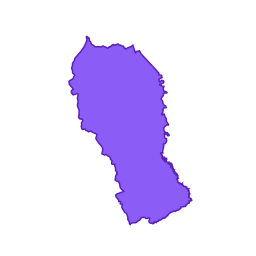 Phaya Mengrai, Chiang Rai, Thailand (Albers equal-area conic projection), rotated 321°
{"feature_id": "78962969B59548210806286", "entity_name": "Phaya Mengrai", "entity_type": "district", "adm_level": 2, "iso_a3": "THA", "parent_name": "Thailand", "parent_adm1": "Chiang Rai", "projection": "albers", "projection_center": [100.161, 19.88], "detail": "fine", "context": "isolated", "style": "filled", "palette": "violet", "viewbox_px": 256, "rotation_deg": 321, "n_neighbors": 0, "source": "geoboundaries", "source_scale": "gbopen_adm2", "svg_char_len": 5954}
<svg xmlns="http://www.w3.org/2000/svg" viewBox="0 0 256 256"><g transform="rotate(321 128 128)"><path d="M153.6,30.9L152.8,31.1L151.9,33.3L150.4,34.6L144.9,37.3L139.8,38.8L131.2,40.3L129.9,40.9L128.6,42.0L125.8,42.7L123.8,44.7L121.7,46.2L120.9,48.6L119.7,50.3L119.6,51.2L120.0,52.7L119.7,53.5L118.0,54.1L116.2,55.1L112.1,54.5L111.4,54.7L109.9,57.2L110.0,63.4L108.4,63.3L107.3,63.6L106.4,64.7L106.1,66.5L106.3,67.8L109.4,68.9L110.3,69.8L110.3,70.7L107.5,72.9L106.0,75.9L103.1,78.4L102.1,80.3L101.4,83.0L99.8,85.2L96.2,88.8L96.4,90.8L96.8,91.3L97.8,91.9L97.9,93.5L94.9,94.9L93.9,96.4L92.6,97.5L91.8,99.3L91.7,100.1L91.9,100.6L93.8,101.6L93.8,103.5L94.7,104.8L94.9,106.1L96.9,106.8L97.5,107.4L97.6,108.9L98.6,110.6L99.7,113.0L99.4,114.1L97.2,115.2L96.3,116.4L95.8,122.2L96.0,126.1L95.5,127.9L93.4,130.2L91.7,131.4L91.5,131.9L92.9,134.3L94.3,134.8L94.6,136.8L95.6,138.5L95.4,140.2L94.7,141.3L95.0,143.3L93.2,144.8L92.8,145.7L92.9,146.2L94.4,147.2L94.9,147.8L93.9,148.7L93.7,150.0L92.7,151.8L91.5,153.2L91.6,155.7L90.7,156.0L90.4,157.0L89.0,157.2L87.9,157.8L85.3,160.4L85.6,161.7L87.0,163.6L86.5,164.4L86.5,165.6L84.3,169.8L84.7,174.6L77.8,172.3L76.7,172.3L75.7,173.1L75.4,174.2L75.5,177.9L74.5,179.3L75.6,179.9L75.8,180.8L74.4,181.7L74.2,182.1L74.4,182.5L75.5,183.2L75.6,183.6L73.7,185.3L73.1,186.3L72.4,191.3L72.9,193.4L72.6,195.2L71.7,197.1L70.2,199.3L70.0,201.9L69.2,202.6L68.9,203.9L68.9,204.4L70.3,204.1L71.8,204.4L73.9,206.2L75.3,206.7L77.3,206.6L79.2,206.9L80.7,206.6L81.2,206.2L82.8,206.4L84.8,208.1L85.0,209.6L86.1,210.4L87.3,210.6L87.7,211.0L87.8,211.5L87.0,212.7L85.5,213.6L85.3,215.1L85.6,216.1L86.6,217.1L86.8,217.8L87.3,217.9L87.8,218.4L88.2,218.4L88.3,217.6L88.6,217.5L89.3,217.9L90.1,218.0L90.2,219.0L90.6,219.3L91.3,218.9L93.2,219.5L93.8,219.0L94.3,219.6L94.6,219.5L95.7,220.1L98.8,219.9L99.0,220.0L99.0,220.8L100.3,221.2L100.9,220.9L102.0,221.1L102.9,220.7L103.6,220.8L103.7,221.1L104.1,220.9L104.2,220.5L108.4,220.5L109.0,220.8L110.1,220.9L110.2,221.2L112.6,222.1L112.6,222.7L114.7,222.7L115.0,223.3L116.0,223.3L116.2,223.6L117.2,223.7L118.7,223.5L119.2,222.6L119.5,222.6L121.0,223.8L123.5,225.1L124.5,224.6L126.7,224.2L127.5,224.3L128.3,224.8L129.4,223.2L129.7,223.1L130.9,224.2L131.3,223.7L131.3,224.0L132.0,224.3L132.5,223.1L132.4,222.0L131.6,220.5L132.0,220.2L132.3,219.8L132.1,219.5L132.9,218.6L133.4,218.7L133.8,218.3L133.7,218.0L134.1,218.1L134.0,217.5L134.7,217.7L134.8,216.8L135.4,215.8L135.4,215.4L135.2,215.1L135.6,214.5L136.1,214.6L136.2,213.9L135.7,213.7L136.0,213.4L136.5,213.4L136.0,213.1L136.4,212.9L135.9,212.2L136.1,211.8L135.9,211.0L136.2,210.9L135.8,210.4L136.1,209.9L135.8,209.6L135.6,210.0L135.6,209.5L135.2,209.3L135.2,208.9L134.5,208.4L134.8,207.5L134.5,207.1L134.7,206.5L134.4,206.3L134.9,206.0L134.5,205.6L134.9,205.3L134.0,205.4L134.0,204.3L133.5,204.3L133.6,203.8L133.3,203.7L133.4,203.3L133.0,203.2L133.1,202.5L132.5,201.4L133.4,200.6L133.5,199.2L133.9,199.0L133.9,198.4L134.4,198.6L134.8,198.2L135.2,198.8L135.5,198.8L135.7,197.2L136.0,196.8L136.6,196.7L136.3,196.0L136.5,195.8L136.1,195.5L136.9,195.4L137.0,195.2L136.2,194.5L137.1,193.9L136.4,193.3L136.6,192.8L136.1,192.9L136.3,192.3L135.8,192.4L135.8,192.0L136.3,192.1L136.0,191.6L136.3,191.4L135.9,191.2L136.1,191.0L136.6,191.3L136.7,190.1L137.3,189.8L136.4,189.5L137.0,189.1L137.3,189.2L137.6,188.4L137.4,188.2L137.6,187.8L137.0,187.6L136.7,187.7L136.7,187.3L136.9,187.0L137.7,187.1L137.9,186.5L137.3,186.2L137.6,186.0L138.1,186.3L138.3,186.2L138.1,185.8L136.9,185.2L137.6,184.8L138.4,184.9L138.3,184.5L138.5,184.4L139.0,184.5L139.3,184.0L139.1,183.6L139.3,183.4L139.0,182.7L138.4,183.2L138.1,183.7L137.7,183.7L137.6,182.9L139.0,182.1L138.2,181.5L137.7,181.6L137.0,181.4L138.3,180.4L137.8,180.1L137.5,180.3L137.1,180.1L136.8,179.4L136.8,178.6L136.4,178.1L135.9,178.1L136.1,177.2L136.5,177.1L137.2,177.5L137.7,177.2L137.2,176.6L135.7,176.5L135.8,176.2L136.5,175.9L138.1,176.6L138.6,176.4L138.8,175.9L137.7,175.5L136.9,174.9L135.6,174.9L135.4,174.3L135.4,173.9L136.2,173.6L137.6,174.6L138.1,173.9L138.0,173.5L137.3,173.3L136.8,172.4L135.9,172.9L135.7,172.6L136.3,171.6L137.5,170.9L137.5,170.3L137.2,170.0L137.7,169.5L137.2,168.5L137.5,168.1L138.2,168.1L139.5,169.2L139.6,168.6L140.3,167.8L144.6,164.4L145.3,162.9L145.6,162.8L147.1,163.6L149.8,162.5L151.1,160.7L151.1,160.2L150.4,159.4L150.6,158.2L152.0,156.4L152.7,155.0L153.2,155.2L153.4,156.3L154.3,157.3L154.3,157.8L153.9,158.4L154.0,159.0L154.7,159.6L155.5,159.5L155.7,159.0L155.5,157.7L155.7,156.8L155.5,156.2L154.1,154.7L154.4,152.6L155.1,151.3L156.1,150.5L157.5,150.0L159.0,150.1L160.1,149.8L160.6,150.2L161.0,151.1L161.6,150.9L162.1,147.2L162.5,146.1L163.6,144.9L163.8,142.3L164.8,140.5L164.8,139.9L164.5,139.6L163.3,139.6L162.8,139.4L162.7,138.5L163.2,138.2L164.8,137.8L167.7,135.0L168.8,135.1L170.1,136.1L170.6,136.1L171.1,134.6L170.4,133.1L170.8,130.9L172.0,128.3L171.8,126.8L172.1,126.2L173.9,125.3L175.9,125.1L176.4,124.6L176.7,123.8L177.2,123.6L178.9,124.0L180.1,125.2L180.6,125.0L180.4,123.6L179.3,122.4L179.1,121.6L180.1,119.7L181.0,118.9L182.1,118.4L182.2,118.1L181.1,117.6L179.9,114.6L180.0,114.2L180.4,114.1L181.3,114.8L182.9,114.9L183.7,115.3L184.6,114.9L185.2,114.3L185.2,113.4L184.0,112.1L181.8,112.2L181.4,111.9L182.6,109.7L184.5,109.8L186.2,110.3L187.1,108.3L187.0,107.8L185.4,106.1L186.1,105.5L186.0,104.7L186.5,104.4L186.3,103.7L186.5,103.3L186.1,102.8L186.4,101.5L184.8,78.8L185.5,75.2L183.8,74.5L182.9,73.9L181.1,74.1L183.8,66.7L181.7,66.7L177.8,65.4L176.3,65.6L175.8,64.6L176.0,64.3L175.3,63.8L176.0,61.6L175.4,61.2L174.4,59.1L173.3,57.9L173.4,57.2L173.1,56.4L172.3,56.3L171.8,55.9L171.4,56.1L170.4,55.5L169.9,55.6L169.5,54.9L169.5,54.3L168.8,54.4L168.7,53.9L167.7,53.5L167.3,53.9L166.1,53.8L165.9,53.5L164.9,53.7L164.9,53.3L164.0,53.1L163.6,53.3L162.5,53.3L160.5,49.0L160.0,48.4L158.0,48.0L155.5,45.5L153.9,44.7L153.4,43.6L153.1,41.8L152.5,40.2L152.6,38.8L153.2,37.8L153.0,35.4L154.1,34.5L154.3,33.8L153.6,30.9Z" fill="#8b5cf6" stroke="#5b21b6" stroke-width="1.5"/></g></svg>